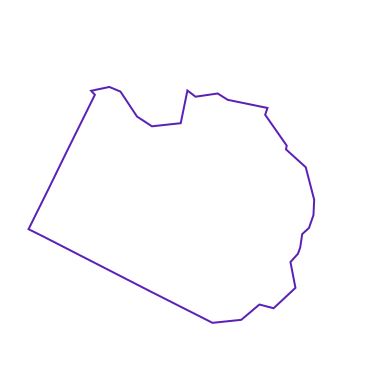 outline of Marion, Tennessee, United States of America, rotated 26°
{"feature_id": "52423323B8492210965079", "entity_name": "Marion", "entity_type": "district", "adm_level": 2, "iso_a3": "USA", "parent_name": "United States of America", "parent_adm1": "Tennessee", "projection": "albers", "projection_center": [-85.609, 35.151], "detail": "fine", "context": "isolated", "style": "outline", "palette": "violet", "viewbox_px": 384, "rotation_deg": 26, "n_neighbors": 0, "source": "geoboundaries", "source_scale": "gbopen_adm2", "svg_char_len": 583}
<svg xmlns="http://www.w3.org/2000/svg" viewBox="0 0 384 384"><g transform="rotate(26 192 192)"><path d="M57.0,145.2L62.1,147.2L61.7,211.6L61.7,251.7L61.4,297.1L80.0,297.2L82.3,297.3L198.4,299.6L226.2,300.0L267.8,300.6L292.3,285.3L301.9,263.6L316.3,260.7L327.0,232.8L311.2,211.8L314.3,201.0L313.6,194.5L309.5,181.5L312.9,173.0L311.3,159.5L305.2,145.4L283.4,119.9L257.8,112.5L256.8,108.8L223.9,90.5L223.0,83.4L183.7,93.5L171.9,92.2L153.4,104.8L143.4,102.8L151.7,135.1L127.2,150.5L109.5,148.3L83.7,133.1L71.7,133.8L57.0,145.2Z" fill="none" stroke="#5b21b6" stroke-width="2"/></g></svg>